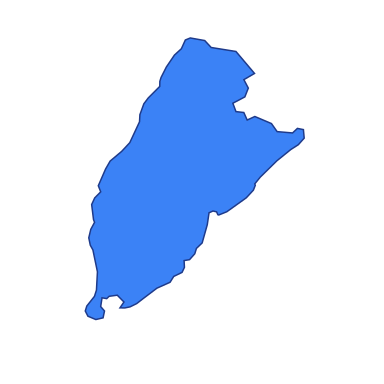 Northampton, United States of America (Natural Earth projection), rotated 16°
{"feature_id": "52423323B63825786634762", "entity_name": "Northampton", "entity_type": "district", "adm_level": 2, "iso_a3": "USA", "parent_name": "United States of America", "parent_adm1": "", "projection": "natural_earth1", "projection_center": [-75.874, 37.321], "detail": "fine", "context": "isolated", "style": "filled", "palette": "blue", "viewbox_px": 384, "rotation_deg": 16, "n_neighbors": 0, "source": "geoboundaries", "source_scale": "gbopen_adm2", "svg_char_len": 1232}
<svg xmlns="http://www.w3.org/2000/svg" viewBox="0 0 384 384"><g transform="rotate(16 192 192)"><path d="M143.7,47.7L142.3,57.2L137.4,65.2L132.9,78.9L130.7,90.4L130.6,94.5L131.9,99.4L124.0,113.7L121.4,120.5L120.6,132.0L122.2,139.0L118.6,161.7L113.2,172.3L104.8,184.8L102.6,193.7L100.2,211.8L104.2,217.0L100.1,224.5L99.0,231.7L104.9,245.6L106.7,248.0L105.0,255.8L105.4,264.5L108.9,271.2L112.7,275.0L123.1,294.8L127.2,312.7L127.0,319.2L122.3,330.6L122.2,335.8L126.2,340.1L134.7,341.1L141.2,337.5L140.7,330.5L135.8,327.3L134.7,318.5L139.4,318.0L141.1,315.1L148.6,311.8L156.9,316.5L154.7,323.2L159.3,322.0L164.1,319.5L169.6,314.5L174.0,308.5L184.8,294.1L195.8,284.8L197.7,278.2L204.6,272.0L205.5,266.5L203.3,260.1L208.3,257.7L211.7,250.6L211.8,245.0L215.8,238.2L215.7,219.2L214.1,207.3L217.4,204.5L221.1,204.3L223.1,206.7L224.1,206.7L230.9,201.4L245.8,182.6L250.5,173.3L251.0,168.1L250.1,166.9L253.5,158.9L265.0,138.6L275.3,123.9L281.2,117.2L285.0,109.3L281.9,101.3L275.8,101.8L272.4,107.5L257.2,110.5L249.5,104.3L231.6,102.1L225.2,107.6L219.9,101.3L212.1,102.6L206.8,95.4L216.6,86.0L217.5,76.6L210.9,69.7L219.4,60.8L195.5,44.8L170.6,47.8L162.5,42.9L147.9,44.4L143.7,47.7Z" fill="#3b82f6" stroke="#1e3a8a" stroke-width="1.5"/></g></svg>